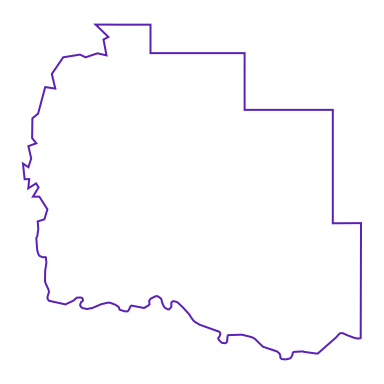 outline of Tillman, Oklahoma, United States of America
{"feature_id": "52423323B26295572620292", "entity_name": "Tillman", "entity_type": "district", "adm_level": 2, "iso_a3": "USA", "parent_name": "United States of America", "parent_adm1": "Oklahoma", "projection": "mercator", "projection_center": [-98.992, 34.381], "detail": "fine", "context": "isolated", "style": "outline", "palette": "violet", "viewbox_px": 384, "rotation_deg": 0, "n_neighbors": 0, "source": "geoboundaries", "source_scale": "gbopen_adm2", "svg_char_len": 1970}
<svg xmlns="http://www.w3.org/2000/svg" viewBox="0 0 384 384"><path d="M244.6,53.1L150.5,53.1L150.5,24.7L95.6,24.6L108.4,37.0L103.5,39.5L106.5,55.4L97.5,53.3L85.6,57.3L80.0,54.6L63.2,57.3L51.8,74.0L55.3,88.6L45.2,87.1L38.1,113.6L32.4,118.3L32.1,138.1L36.3,143.3L28.4,146.1L31.2,158.5L28.4,167.2L23.0,163.6L24.6,179.2L29.2,179.1L28.3,188.3L36.1,183.4L38.6,187.4L32.9,196.7L39.4,196.7L47.4,209.3L44.4,219.3L37.7,221.4L38.3,228.8L37.3,236.0L36.3,238.1L37.2,250.1L38.3,254.0L39.4,255.8L41.5,256.8L43.4,257.3L45.5,257.1L45.9,257.5L46.4,263.0L45.2,270.5L45.0,281.3L45.9,284.1L48.3,289.1L48.8,290.8L48.9,292.4L47.8,295.7L47.4,297.9L47.8,299.3L49.1,300.8L65.5,304.4L73.6,300.5L76.7,297.7L80.8,297.5L81.9,297.9L82.5,298.4L83.0,300.2L82.5,301.2L81.1,302.2L80.3,304.0L80.1,305.3L81.3,307.3L83.0,308.2L87.0,309.0L92.6,307.9L101.5,304.1L108.3,302.6L110.2,302.8L115.3,304.7L118.6,307.0L119.2,308.2L119.4,309.3L119.8,309.8L124.8,311.3L127.7,311.3L129.0,309.6L130.1,307.1L130.9,305.9L131.6,305.6L144.0,308.0L147.9,305.8L149.5,304.4L149.2,300.7L150.6,298.7L156.0,296.1L157.9,296.3L161.1,298.7L162.5,303.5L163.6,306.0L165.0,307.8L167.7,309.3L169.2,309.3L171.2,307.1L171.4,306.0L171.3,302.8L172.1,301.7L173.4,301.1L176.6,301.9L177.7,302.5L183.2,307.7L189.7,314.9L190.1,315.9L192.4,319.2L193.7,320.9L195.0,321.9L199.8,324.8L219.4,331.8L220.1,332.9L220.3,334.2L219.8,335.8L218.3,338.1L218.3,338.9L219.2,340.3L222.0,342.9L225.0,343.2L226.3,342.7L227.2,340.9L227.5,336.4L227.8,335.4L228.7,335.1L241.9,334.7L251.6,337.1L254.9,338.8L262.9,346.7L277.1,351.5L279.1,353.2L279.8,354.1L280.4,356.3L280.3,357.6L281.7,359.1L285.9,359.4L289.8,358.5L291.2,357.3L292.4,355.0L292.6,353.4L293.3,352.2L293.9,351.9L302.9,351.4L303.7,351.8L314.3,353.3L317.7,353.6L336.2,337.3L339.0,334.1L340.3,333.2L342.9,333.2L346.9,335.1L354.5,337.9L357.2,338.5L359.8,338.4L360.7,338.0L361.0,223.1L332.8,223.3L332.8,176.1L332.8,109.9L320.2,109.9L244.6,109.9L244.6,53.1Z" fill="none" stroke="#5b21b6" stroke-width="2"/></svg>